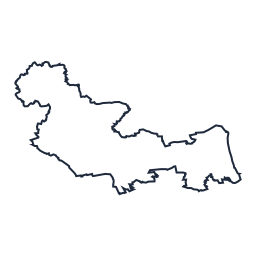 the district of Laytown Bettystown-Lea-7, Meath, Ireland
{"feature_id": "5873133B93482869611851", "entity_name": "Laytown Bettystown-Lea-7", "entity_type": "district", "adm_level": 2, "iso_a3": "IRL", "parent_name": "Ireland", "parent_adm1": "Meath", "projection": "robinson", "projection_center": [-6.479, 53.728], "detail": "fine", "context": "isolated", "style": "outline", "palette": "slate", "viewbox_px": 256, "rotation_deg": 0, "n_neighbors": 0, "source": "geoboundaries", "source_scale": "gbopen_adm2", "svg_char_len": 5790}
<svg xmlns="http://www.w3.org/2000/svg" viewBox="0 0 256 256"><path d="M59.3,64.1L58.3,64.5L57.9,65.2L52.5,65.9L52.4,66.7L51.3,66.9L50.6,66.8L49.5,65.7L49.8,65.2L48.8,63.8L48.5,62.6L46.3,61.9L44.7,62.2L44.2,62.8L42.4,63.5L43.0,65.0L41.7,65.9L41.3,65.3L39.5,64.6L37.8,65.3L36.9,64.9L34.8,62.3L33.1,63.2L32.0,65.0L31.9,65.8L29.6,66.1L29.6,67.4L28.8,68.8L26.9,69.8L27.1,70.7L26.9,71.8L27.5,72.9L27.4,73.6L24.7,73.8L24.7,74.9L23.7,75.2L21.8,74.4L21.1,74.5L20.3,75.4L19.9,77.5L18.3,79.0L17.8,79.2L17.5,79.9L16.8,80.4L16.9,80.8L16.1,81.2L16.1,81.6L15.5,82.2L15.8,82.7L15.4,83.3L15.5,83.8L17.9,86.5L18.1,87.2L16.4,88.2L16.9,88.7L19.4,89.3L19.3,90.4L19.8,91.3L19.2,92.1L16.7,93.2L15.7,94.2L15.7,94.9L18.3,98.6L20.4,99.1L21.4,100.3L22.1,101.8L22.6,101.8L23.0,101.1L23.7,101.7L23.4,102.9L23.7,105.3L24.6,106.3L27.8,106.2L29.7,104.1L31.0,103.2L31.5,103.2L32.2,103.9L33.3,103.7L34.1,103.2L34.0,102.5L34.4,101.8L35.4,101.7L35.4,100.8L37.9,101.5L39.9,104.7L40.0,105.7L41.1,106.4L45.6,106.0L46.9,105.7L48.5,104.4L49.9,106.7L50.1,108.4L48.5,111.8L49.2,112.1L48.5,113.3L46.2,115.2L46.8,116.8L46.1,119.1L45.4,118.8L46.2,119.8L45.9,120.4L44.1,121.5L42.7,120.5L41.9,121.2L41.2,124.0L38.0,123.5L37.5,124.7L37.4,125.8L37.0,126.4L37.3,129.3L38.7,129.6L38.2,131.7L38.2,133.1L35.3,133.3L36.2,134.7L38.5,137.0L38.3,137.6L30.8,140.1L32.4,141.5L33.3,144.4L33.3,145.0L32.9,145.0L34.7,146.0L36.9,146.0L37.4,147.1L37.3,148.0L40.4,150.8L45.1,153.3L45.8,153.2L46.8,154.0L48.8,153.3L49.2,154.9L50.9,155.6L53.4,154.4L55.9,155.4L56.2,156.3L58.0,157.6L57.7,157.8L58.3,158.9L59.2,159.5L59.3,160.2L61.7,160.8L69.1,166.1L69.2,167.6L74.3,172.8L75.7,174.7L76.2,176.1L80.7,175.5L81.2,176.6L82.2,176.4L81.8,175.7L86.6,174.4L87.0,175.1L92.1,174.0L92.3,175.3L93.0,176.1L105.3,173.9L110.3,174.3L112.9,178.0L112.8,178.8L113.5,179.8L113.7,181.8L113.2,184.7L113.2,186.6L116.0,186.9L118.9,193.2L119.7,193.0L120.1,193.5L119.4,193.8L119.7,194.1L123.1,192.8L124.1,193.0L125.7,192.5L123.1,188.0L125.8,189.5L127.8,189.3L129.4,191.3L133.6,189.4L132.6,189.1L132.8,188.9L132.2,188.5L130.7,188.4L130.3,186.9L132.0,186.9L130.4,185.9L129.4,184.3L132.7,184.4L132.4,182.4L133.5,182.2L136.3,180.0L139.7,181.3L140.5,181.7L140.1,181.9L140.4,182.2L141.7,182.7L142.6,181.8L143.3,182.3L146.0,182.6L148.5,181.6L154.5,181.4L154.6,179.6L153.8,177.6L152.2,176.8L152.8,176.3L153.8,176.9L155.8,176.1L156.3,177.1L157.5,176.7L157.3,175.9L157.7,175.7L156.3,174.3L155.4,174.5L154.3,172.0L148.7,172.7L150.0,170.2L161.5,169.1L166.7,169.2L167.3,169.8L171.9,167.9L174.0,166.5L175.3,166.3L176.6,172.5L183.1,172.5L185.5,173.2L185.6,174.4L185.0,174.7L184.8,176.5L183.8,177.0L183.6,178.9L183.1,179.7L186.1,179.6L185.6,182.3L186.3,185.3L183.8,186.0L183.3,186.6L187.9,188.0L191.4,188.1L193.6,189.3L197.3,189.7L198.3,190.2L198.9,191.2L200.5,190.2L201.5,190.2L201.8,190.6L203.3,190.4L207.4,189.0L206.0,186.9L206.9,186.5L206.6,186.1L205.6,186.4L204.4,184.7L205.6,183.3L204.6,182.2L205.9,181.7L205.2,180.6L206.1,180.4L206.1,180.1L206.8,179.8L207.6,179.9L206.5,177.7L207.8,177.2L209.3,175.5L211.0,175.5L210.7,174.2L211.3,174.2L211.6,175.4L211.2,177.0L212.4,177.0L212.7,178.8L213.4,179.9L214.3,179.9L214.4,180.6L217.6,180.3L219.2,183.1L223.0,182.7L222.0,179.4L225.1,179.7L224.7,179.2L224.8,177.6L228.2,180.0L227.6,177.8L228.8,177.9L229.7,179.2L228.9,179.2L229.0,180.3L231.5,181.7L232.7,182.8L234.4,183.0L235.3,182.9L238.0,181.5L240.6,179.5L239.3,175.4L239.1,174.0L239.4,173.8L238.1,173.6L237.6,173.2L235.0,168.0L234.2,167.7L233.8,165.2L232.3,161.2L231.5,157.2L229.6,151.3L227.9,143.3L227.6,137.8L228.4,133.5L228.2,132.5L227.5,132.2L228.4,132.2L226.4,132.0L226.7,131.5L224.9,130.6L221.6,126.4L216.0,125.4L208.3,130.0L203.5,132.3L195.9,132.8L196.0,134.1L189.9,135.3L190.6,137.3L191.6,138.8L194.7,139.5L194.4,139.7L195.1,140.5L194.0,141.9L192.2,142.8L192.2,143.4L190.6,143.8L188.1,143.4L186.7,143.9L186.4,143.5L187.1,143.3L186.6,142.4L187.2,142.3L186.7,141.4L186.1,141.0L177.8,142.2L174.3,142.0L171.8,142.5L169.4,143.6L169.9,145.2L165.3,146.4L163.3,142.5L163.2,142.2L163.4,142.2L162.9,140.7L162.2,140.8L161.9,136.4L158.1,136.4L157.2,135.0L157.3,134.2L156.6,133.7L154.2,133.6L151.0,132.7L150.3,132.1L148.2,131.2L146.9,131.2L143.2,129.4L139.7,129.9L139.3,130.7L139.2,132.6L136.7,133.5L134.8,133.5L134.7,134.0L135.7,134.9L135.7,135.6L135.4,135.7L133.2,136.0L132.1,135.4L129.2,136.5L126.4,136.1L125.8,136.5L125.9,137.3L125.0,137.5L121.9,137.1L120.6,135.7L119.1,133.2L118.9,132.2L117.3,132.1L116.1,131.1L115.3,131.5L114.3,131.5L114.3,131.0L115.1,130.2L114.4,129.3L112.7,129.5L112.3,128.6L112.7,127.9L112.1,126.9L112.5,126.5L113.4,126.6L114.0,126.3L113.8,126.1L115.1,124.7L114.6,124.1L116.1,124.4L117.1,123.2L117.1,122.6L116.6,122.4L116.7,121.8L117.1,122.2L117.8,121.4L119.0,121.3L118.9,121.1L120.5,120.0L120.4,118.9L121.8,117.8L122.5,116.4L123.7,115.9L124.2,115.2L123.8,114.9L124.5,114.1L124.2,113.7L125.6,113.2L126.2,112.8L126.0,112.6L126.8,112.6L126.8,112.1L128.0,111.9L129.3,110.0L129.7,110.0L129.9,109.3L129.5,109.4L128.9,108.5L128.2,108.5L128.1,107.2L128.6,107.0L128.3,106.6L128.7,106.4L127.9,106.4L127.8,106.0L127.5,106.2L126.0,104.1L123.3,103.6L119.3,102.0L114.7,102.1L111.4,102.9L109.6,102.6L102.6,103.1L99.2,104.0L96.7,104.1L95.0,103.4L94.4,102.2L92.3,102.7L90.6,102.5L90.2,100.7L91.0,99.4L86.4,95.7L84.8,96.9L83.4,96.5L81.2,97.0L80.7,95.8L80.5,93.0L79.8,91.4L79.4,91.1L79.1,89.5L79.3,89.0L78.9,88.0L78.8,86.9L78.1,86.5L78.9,85.7L79.0,85.1L78.7,84.6L74.9,85.3L73.7,84.9L69.8,85.1L69.6,84.7L67.9,84.0L68.1,83.6L67.1,82.1L65.7,81.4L66.0,81.2L65.8,80.7L67.1,79.9L65.6,79.4L65.7,78.6L66.9,78.1L65.5,76.6L65.7,74.9L66.3,74.6L64.0,73.2L64.3,72.6L64.6,73.0L65.7,72.4L65.6,72.2L66.0,71.7L65.8,71.5L66.4,71.1L66.1,70.9L65.8,69.8L65.9,69.3L65.4,69.1L65.4,68.7L64.5,68.1L64.3,67.3L64.6,66.1L64.1,65.3L62.9,64.8L59.5,65.0L59.1,64.8L59.3,64.1Z" fill="none" stroke="#1e293b" stroke-width="2"/></svg>